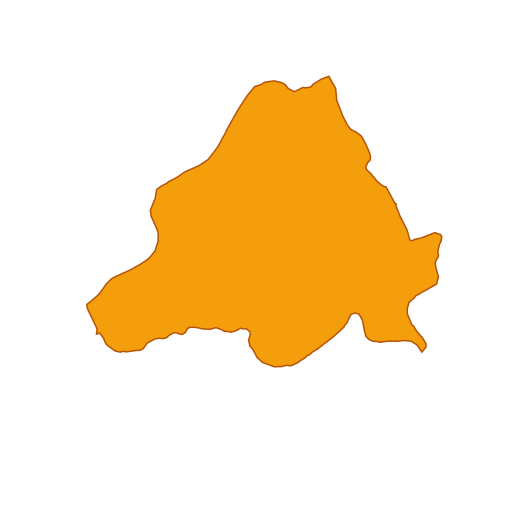 Mataquescuintla, Jalapa, Guatemala (Mercator projection), rotated 246°
{"feature_id": "79465075B64260644411461", "entity_name": "Mataquescuintla", "entity_type": "district", "adm_level": 2, "iso_a3": "GTM", "parent_name": "Guatemala", "parent_adm1": "Jalapa", "projection": "mercator", "projection_center": [-90.217, 14.569], "detail": "fine", "context": "isolated", "style": "filled", "palette": "amber", "viewbox_px": 512, "rotation_deg": 246, "n_neighbors": 0, "source": "geoboundaries", "source_scale": "gbopen_adm2", "svg_char_len": 2520}
<svg xmlns="http://www.w3.org/2000/svg" viewBox="0 0 512 512"><g transform="rotate(246 256 256)"><path d="M246.8,405.3L247.8,404.3L266.1,402.9L268.6,400.1L274.8,397.1L285.4,394.1L289.2,392.3L292.9,392.3L294.4,394.6L295.7,395.6L297.1,399.0L299.3,400.7L303.4,401.7L314.7,401.8L322.6,401.1L328.6,397.8L332.5,394.4L337.7,392.8L349.4,392.2L365.3,393.1L376.7,396.9L390.6,395.6L391.0,387.4L389.6,377.9L388.1,374.7L389.6,369.2L390.9,367.3L390.5,357.9L394.8,354.4L395.7,353.8L396.9,353.3L400.5,352.4L403.4,350.5L408.5,344.0L411.2,334.9L410.6,330.2L411.3,323.7L406.4,313.8L399.5,302.9L393.6,294.5L393.0,293.8L383.3,280.8L379.9,276.9L377.0,272.9L371.6,266.0L368.9,261.3L365.9,255.7L363.6,251.4L361.7,240.6L361.8,225.5L360.0,215.8L359.4,205.6L358.7,204.5L358.5,198.8L357.2,192.3L349.6,187.3L340.8,178.1L335.0,176.4L320.9,176.5L316.3,175.8L309.2,172.5L301.7,165.8L299.1,160.7L297.4,157.0L295.7,148.9L294.5,137.6L294.2,115.9L293.8,114.5L291.7,108.5L288.0,102.3L284.6,96.2L281.9,87.1L280.6,81.8L276.8,80.6L254.3,81.2L251.3,79.6L249.5,78.5L249.1,82.0L242.4,83.3L239.1,83.0L235.4,83.6L226.6,88.6L223.4,92.9L223.0,95.7L221.1,98.8L218.4,108.3L217.0,111.6L217.3,115.4L220.7,121.4L221.3,129.4L220.4,133.8L218.2,137.7L217.8,142.0L218.8,143.5L219.3,149.1L218.5,151.9L217.2,153.0L216.1,154.0L215.5,155.0L214.6,156.1L214.6,159.8L217.5,164.0L217.8,166.3L216.3,170.0L214.3,173.4L211.4,177.1L208.3,183.1L207.5,185.3L206.9,190.2L202.7,194.6L201.0,195.9L199.9,196.7L197.7,200.9L196.5,202.3L195.8,208.0L196.5,212.2L195.4,213.7L194.7,214.4L193.3,217.7L189.0,219.6L186.8,219.0L182.2,215.0L176.1,213.8L172.2,215.1L162.9,215.7L156.0,218.7L151.6,223.4L147.4,227.6L144.4,235.0L143.8,239.3L141.5,243.1L141.5,250.7L142.4,254.1L143.1,259.8L144.2,261.7L144.0,264.5L145.4,268.8L146.0,274.6L148.2,282.8L148.7,285.3L150.4,292.5L152.7,299.7L154.0,303.6L155.4,307.7L156.5,308.6L157.4,311.1L164.1,319.0L163.6,323.4L160.8,326.5L153.8,327.1L143.4,324.6L137.9,323.8L133.8,325.2L130.6,328.1L128.1,332.6L126.9,333.8L124.4,342.3L120.6,350.5L119.0,355.9L115.1,363.2L112.4,364.8L109.3,366.9L100.7,368.4L101.9,370.9L103.5,374.0L106.4,375.6L113.8,374.7L122.3,372.1L127.9,371.5L129.9,370.4L141.6,370.7L146.4,372.8L151.3,376.8L153.6,384.1L154.6,385.3L156.9,409.5L162.8,414.2L172.8,415.7L177.5,417.3L181.5,422.5L182.9,423.2L186.0,423.8L192.3,428.5L193.7,430.7L198.0,433.5L200.3,433.4L203.2,430.3L204.6,429.1L205.2,414.8L206.8,407.0L206.1,406.0L207.4,403.5L208.3,403.2L219.0,404.6L233.5,403.8L244.8,404.2L246.8,405.3Z" fill="#f59e0b" stroke="#b45309" stroke-width="1.5"/></g></svg>